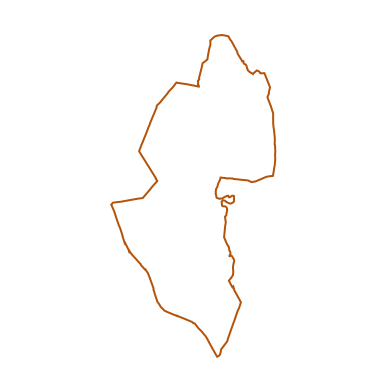 the district of Bērzgales pag., Rezeknes, Latvia, rotated 278°
{"feature_id": "27541924B18969922609426", "entity_name": "Bērzgales pag.", "entity_type": "district", "adm_level": 2, "iso_a3": "LVA", "parent_name": "Latvia", "parent_adm1": "Rezeknes", "projection": "natural_earth1", "projection_center": [27.495, 56.631], "detail": "fine", "context": "isolated", "style": "outline", "palette": "amber", "viewbox_px": 384, "rotation_deg": 278, "n_neighbors": 0, "source": "geoboundaries", "source_scale": "gbopen_adm2", "svg_char_len": 5878}
<svg xmlns="http://www.w3.org/2000/svg" viewBox="0 0 384 384"><g transform="rotate(278 192 192)"><path d="M89.6,255.8L100.0,248.0L100.9,247.4L102.0,247.1L104.2,246.0L103.2,245.3L109.2,240.9L109.8,241.1L111.1,241.9L112.1,242.6L113.2,243.1L114.7,243.8L115.2,244.0L115.9,244.1L116.4,244.1L117.1,244.1L119.0,243.9L120.8,243.5L122.6,243.2L123.2,243.0L124.0,243.0L127.1,243.1L127.3,243.2L127.7,243.2L129.5,243.4L130.1,243.3L130.9,242.9L132.5,241.8L133.3,241.1L134.0,240.4L134.3,240.2L134.4,239.6L134.3,239.0L134.1,238.6L133.7,238.4L133.7,238.1L134.1,238.0L134.8,238.2L135.8,238.7L136.6,238.6L137.0,238.6L137.8,238.2L138.5,237.9L139.1,237.2L139.3,237.2L140.0,237.0L140.3,236.9L140.7,236.7L142.0,236.4L142.5,236.1L142.8,235.9L142.9,235.7L143.2,235.7L143.7,235.5L144.2,234.7L146.9,232.9L151.6,230.1L160.1,229.7L161.2,229.6L162.2,229.6L163.7,229.6L166.0,229.7L166.6,229.7L167.5,229.4L172.2,228.1L172.8,228.6L173.2,228.9L173.6,229.1L174.0,229.2L174.5,229.2L175.5,229.1L176.2,229.2L176.8,229.3L178.4,229.3L179.5,229.2L180.9,228.8L181.5,228.3L182.0,227.7L182.3,227.3L182.4,226.5L182.3,225.8L182.2,225.1L182.2,224.5L182.6,223.7L185.4,223.0L186.3,222.7L186.6,222.7L187.1,223.0L188.1,224.0L188.1,224.5L187.9,226.0L187.6,226.4L187.1,227.1L186.8,227.8L186.1,229.7L185.9,231.4L185.9,231.9L186.4,232.8L186.5,233.0L186.8,233.3L187.1,233.6L187.3,233.9L187.4,234.1L187.8,234.5L188.6,234.8L189.3,234.9L189.7,234.8L190.4,234.6L190.8,234.6L191.3,234.5L192.9,234.4L193.7,234.1L193.8,234.1L193.9,233.8L194.0,233.4L193.9,232.4L193.8,232.2L193.7,232.0L193.4,231.7L193.1,231.3L192.7,230.9L192.5,230.7L192.4,230.6L192.1,230.2L192.0,229.9L191.9,229.7L192.0,229.5L192.1,229.1L192.5,229.0L193.1,228.7L193.3,228.4L193.3,227.9L193.1,227.4L192.9,226.9L192.5,226.4L191.0,224.2L190.2,223.4L189.7,222.8L189.6,222.1L189.6,221.6L189.2,220.6L189.1,220.3L189.1,219.9L189.3,219.6L189.4,218.9L189.5,218.5L189.6,217.5L190.0,217.1L190.4,216.8L190.9,216.7L191.3,216.6L191.8,216.5L192.3,216.3L193.1,215.9L193.5,215.7L193.8,215.7L194.5,215.7L194.8,215.7L195.2,215.5L195.6,215.4L196.0,215.4L196.6,215.4L196.9,215.5L197.3,215.5L197.8,215.4L198.2,215.4L199.0,215.7L199.3,215.8L199.8,216.1L200.6,216.3L201.5,216.4L201.8,216.5L202.5,216.6L203.4,216.6L203.6,216.7L203.9,216.8L204.7,217.0L205.6,217.2L207.1,217.8L207.9,218.0L208.8,218.2L209.8,218.3L210.3,218.3L210.4,222.4L210.5,223.5L210.2,225.1L210.7,226.7L210.8,228.1L211.0,230.2L211.0,230.5L210.7,231.1L210.8,233.9L211.0,240.0L211.2,245.1L211.3,245.7L210.1,249.5L211.3,253.5L212.7,255.7L214.1,258.1L215.7,260.8L216.5,262.0L217.3,263.4L218.2,265.9L219.2,269.9L225.9,270.1L226.0,270.0L227.6,270.1L229.8,270.2L230.1,270.2L230.3,270.2L235.8,269.9L241.8,268.9L242.8,269.0L246.2,268.4L249.8,267.7L250.4,267.4L250.6,267.3L250.9,267.1L251.3,267.1L252.7,267.0L254.0,267.0L254.5,266.8L257.4,266.4L261.8,265.3L263.6,264.9L268.3,263.5L271.5,262.8L275.6,262.2L281.2,261.4L289.0,257.6L292.8,255.4L296.2,253.6L296.4,253.5L299.1,254.2L300.1,254.5L300.3,254.4L301.2,254.2L305.2,254.6L306.5,254.7L309.6,253.0L309.7,252.9L312.2,251.5L319.4,247.4L319.7,247.2L319.1,243.1L320.5,242.0L320.7,241.7L321.4,239.3L317.8,236.1L317.5,235.8L317.4,235.8L317.7,235.2L317.9,234.9L318.0,234.3L318.7,232.8L319.3,231.7L319.8,231.1L320.0,230.8L320.2,230.4L320.8,230.1L321.6,229.8L322.3,229.2L323.9,228.7L325.2,227.9L325.4,227.7L325.6,227.5L325.8,227.2L326.0,226.4L326.2,225.8L326.4,225.6L327.2,225.0L327.8,224.9L328.3,224.9L328.7,224.8L328.8,224.6L328.6,224.4L328.4,224.0L328.3,223.8L328.3,223.6L328.6,223.4L328.9,223.3L335.1,218.1L337.7,216.9L345.9,210.8L347.1,209.9L348.2,208.6L351.3,206.3L351.5,204.1L351.5,203.4L351.6,199.6L350.9,197.2L350.2,194.9L349.0,192.7L344.5,189.0L342.9,189.4L341.6,189.5L341.4,189.5L340.6,189.7L335.8,189.1L328.3,188.8L325.5,188.8L324.9,188.3L323.3,186.9L321.1,184.6L315.9,184.2L310.2,183.6L307.7,183.3L305.9,183.1L304.3,183.5L303.8,183.0L303.5,182.8L302.8,182.4L302.6,182.4L302.4,182.5L302.2,182.5L301.7,182.8L301.4,182.9L301.1,182.9L300.6,182.9L300.3,182.9L300.1,182.9L299.6,183.1L299.4,183.2L299.1,183.0L298.9,183.0L298.6,183.1L298.4,183.3L298.4,183.5L298.2,183.9L298.0,184.0L297.8,184.1L297.5,184.1L297.3,184.1L297.3,183.7L297.4,182.8L297.8,176.1L298.0,172.2L298.0,170.1L298.1,162.5L298.2,161.4L296.6,160.4L294.3,159.2L291.3,157.2L289.4,155.8L287.2,154.4L286.9,154.4L285.2,153.4L283.7,152.5L282.3,151.6L278.6,149.3L276.7,148.3L275.5,147.4L272.6,145.1L270.2,145.1L269.3,144.8L264.7,143.6L260.8,142.6L259.0,142.1L254.6,141.0L252.6,140.6L250.5,140.1L249.7,139.8L246.8,139.2L242.6,138.2L237.9,137.0L233.7,136.0L231.4,135.3L229.2,134.9L226.8,134.3L224.9,134.0L200.5,154.4L200.3,154.3L200.1,154.3L199.8,154.7L199.3,154.9L198.1,156.1L192.8,152.6L191.1,151.5L188.5,150.0L179.2,144.1L178.8,142.8L177.9,139.5L175.7,132.7L174.5,129.1L174.2,128.1L173.2,125.0L172.9,124.5L170.5,115.3L168.5,114.0L168.3,113.8L166.3,115.0L161.9,117.7L153.5,121.8L149.6,123.8L145.9,126.0L142.8,127.5L139.7,129.0L139.3,129.3L138.7,129.2L136.6,130.3L135.7,130.7L131.8,132.6L132.2,132.9L130.5,134.0L128.7,135.4L127.2,136.3L125.0,138.2L124.6,137.8L123.9,138.2L124.5,138.6L123.1,139.7L120.6,142.5L118.5,145.1L114.7,149.5L113.4,151.3L112.6,151.5L110.4,154.2L108.6,156.2L108.7,156.6L108.8,156.7L105.7,159.5L101.7,161.8L97.3,164.1L91.3,167.3L89.9,167.4L89.1,167.9L86.6,169.0L86.0,169.3L78.5,173.0L76.1,175.3L74.3,176.7L73.2,177.9L72.1,179.5L71.8,179.9L71.3,180.4L70.7,181.2L70.2,182.7L70.2,182.8L69.9,183.7L69.3,185.9L68.7,188.3L68.2,190.2L67.1,194.5L67.4,194.5L66.6,197.2L65.5,201.9L64.8,204.5L63.3,210.3L62.2,211.7L62.3,212.8L61.8,213.4L57.9,217.4L55.1,221.2L53.6,222.7L51.7,224.9L51.1,225.6L48.5,227.7L44.3,230.7L44.2,230.8L39.1,234.6L37.6,235.8L34.0,238.5L32.4,239.8L33.1,240.9L34.1,241.9L34.8,242.3L35.5,242.3L37.1,242.7L40.5,242.8L41.8,243.7L45.1,245.5L49.0,247.7L51.1,247.9L52.8,248.2L58.8,249.4L67.7,251.2L70.2,251.8L80.4,253.7L81.3,254.0L83.9,254.8L89.6,255.8Z" fill="none" stroke="#b45309" stroke-width="2"/></g></svg>